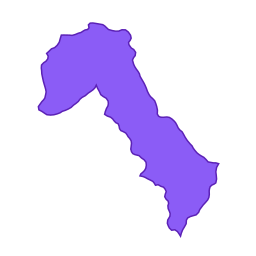 Jenipapo de Minas, Minas Gerais, Brazil, rotated 10°
{"feature_id": "56859067B49665349666776", "entity_name": "Jenipapo de Minas", "entity_type": "district", "adm_level": 2, "iso_a3": "BRA", "parent_name": "Brazil", "parent_adm1": "Minas Gerais", "projection": "albers", "projection_center": [-42.212, -17.187], "detail": "fine", "context": "isolated", "style": "filled", "palette": "violet", "viewbox_px": 256, "rotation_deg": 10, "n_neighbors": 0, "source": "geoboundaries", "source_scale": "gbopen_adm2", "svg_char_len": 2867}
<svg xmlns="http://www.w3.org/2000/svg" viewBox="0 0 256 256"><g transform="rotate(10 128 128)"><path d="M111.6,33.4L108.5,31.8L105.0,32.3L102.0,34.2L98.7,34.8L95.6,34.8L91.7,34.4L89.1,32.7L87.3,31.5L85.2,30.6L81.4,30.6L78.3,30.6L75.1,30.7L72.5,31.3L71.1,33.3L72.2,36.1L71.1,38.0L68.7,38.9L66.8,40.5L65.1,42.1L62.6,43.3L59.8,45.1L56.9,46.5L54.4,46.7L51.8,47.1L48.6,47.6L46.2,48.1L45.8,51.4L45.4,55.5L43.9,58.9L41.8,61.6L38.9,63.3L36.6,66.5L34.9,68.7L36.9,71.0L37.0,73.8L35.6,76.5L33.6,78.4L31.9,81.0L32.2,84.0L33.0,86.6L33.7,89.6L35.0,92.9L36.6,96.8L38.0,99.7L39.2,102.1L40.2,104.2L41.1,106.7L41.1,109.1L40.9,112.9L40.0,114.9L38.6,117.0L37.2,119.9L36.0,122.5L37.1,125.6L40.3,126.6L43.4,128.0L45.8,129.0L49.5,128.7L52.8,127.8L55.8,126.4L58.5,124.8L60.4,123.0L63.2,121.5L66.0,119.6L68.4,117.6L70.4,114.9L72.4,112.9L74.5,110.4L75.6,108.1L77.4,105.9L80.4,103.5L82.8,100.5L85.0,98.4L87.1,96.2L88.5,94.1L89.3,91.3L91.0,94.0L93.6,97.2L95.4,99.9L98.1,101.3L101.4,102.5L103.7,104.9L104.4,107.3L104.4,109.7L103.4,112.5L102.8,115.7L102.6,118.6L105.5,119.8L109.0,120.4L111.3,121.7L113.1,123.4L115.1,124.9L117.5,125.5L118.8,127.5L119.8,130.2L121.4,131.8L123.9,132.4L126.6,133.3L128.2,134.8L129.6,136.5L131.5,138.0L133.3,140.0L134.1,142.4L134.3,145.4L134.4,148.3L135.6,150.8L137.2,152.4L139.4,153.0L143.7,153.3L146.5,155.2L149.4,156.5L151.7,158.6L152.5,161.5L152.5,164.5L151.7,166.9L150.2,169.1L148.6,171.0L148.1,173.1L151.3,173.2L153.6,173.7L156.1,174.6L159.3,175.5L161.8,176.3L163.4,177.7L165.0,179.6L167.5,178.6L170.5,179.7L173.3,180.1L175.2,181.8L176.7,184.0L176.2,186.6L176.1,189.3L177.9,191.5L180.3,193.1L181.1,195.3L180.8,197.6L181.6,200.5L183.3,203.0L184.4,205.0L184.6,207.7L183.1,211.7L183.3,215.0L184.6,217.3L186.1,219.3L188.7,221.1L191.8,220.1L194.7,221.4L196.8,223.5L198.5,225.4L198.8,222.2L199.5,218.8L200.7,215.7L201.9,212.2L201.5,208.5L202.4,206.2L204.7,204.4L207.3,203.1L210.2,201.7L212.2,198.8L212.8,195.9L214.0,193.5L215.3,190.9L217.3,187.8L219.0,184.9L219.7,182.3L219.6,179.3L218.9,176.0L218.8,173.8L219.1,171.5L220.6,169.6L222.5,168.3L224.0,166.8L224.1,162.9L223.2,159.5L222.1,155.9L222.1,151.4L223.5,147.4L220.7,147.1L218.1,147.5L212.8,147.5L210.2,145.4L207.7,143.7L205.3,142.9L202.8,141.9L200.4,140.6L197.8,138.5L195.7,136.5L194.2,134.5L191.7,132.7L188.5,130.0L185.8,127.1L184.0,124.8L182.0,122.4L179.3,120.9L177.4,119.2L175.6,116.6L173.8,114.4L171.9,112.9L169.5,111.4L166.9,110.4L164.4,110.4L161.0,111.3L158.3,111.7L156.1,111.1L154.4,109.1L153.9,105.3L152.5,101.8L151.0,98.9L149.5,96.5L147.1,94.7L144.7,93.2L142.9,91.4L140.8,88.6L139.1,85.6L137.3,82.9L136.0,81.1L134.5,79.3L132.8,77.3L130.9,75.0L129.8,72.6L128.1,70.6L125.8,68.4L123.9,66.3L122.4,64.1L120.6,60.3L121.3,57.7L122.5,55.5L122.4,52.2L120.0,49.7L117.4,48.7L115.8,47.2L114.4,45.7L113.7,43.6L114.9,41.3L115.5,39.0L114.4,36.2L111.6,33.4Z" fill="#8b5cf6" stroke="#5b21b6" stroke-width="1.5"/></g></svg>